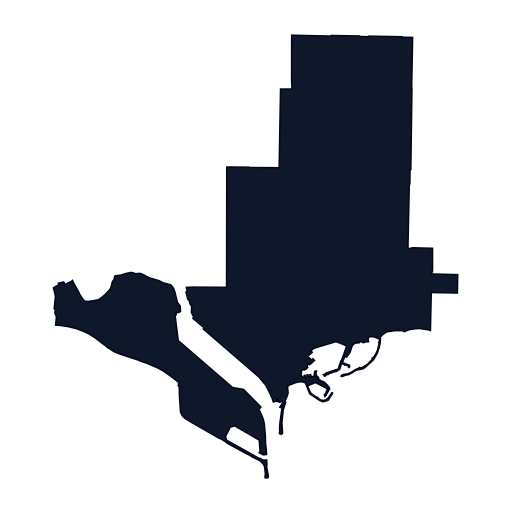 Fremantle, Western Australia, Australia (Albers equal-area conic projection), rotated 271°
{"feature_id": "25037944B1530675969406", "entity_name": "Fremantle", "entity_type": "district", "adm_level": 2, "iso_a3": "AUS", "parent_name": "Australia", "parent_adm1": "Western Australia", "projection": "albers", "projection_center": [115.749, -32.052], "detail": "fine", "context": "isolated", "style": "filled", "palette": "ink", "viewbox_px": 512, "rotation_deg": 271, "n_neighbors": 0, "source": "geoboundaries", "source_scale": "gbopen_adm2", "svg_char_len": 6065}
<svg xmlns="http://www.w3.org/2000/svg" viewBox="0 0 512 512"><g transform="rotate(271 256 256)"><path d="M477.3,408.8L477.3,398.1L477.8,398.1L477.8,364.9L477.2,364.9L477.3,357.1L476.9,356.4L477.8,355.8L477.8,327.4L477.2,327.4L477.4,287.8L433.0,288.5L423.6,289.1L423.4,277.6L344.7,277.6L344.4,247.8L344.7,247.7L344.5,225.8L344.2,225.9L344.2,225.2L224.2,227.1L223.8,193.4L223.4,186.9L219.8,187.7L218.7,186.6L214.0,187.9L214.2,188.5L212.5,189.0L212.3,188.3L211.2,188.8L211.3,189.6L206.5,191.1L205.0,192.5L198.2,192.4L194.7,194.4L193.4,194.4L192.5,194.0L183.2,205.5L182.1,204.6L135.0,261.1L126.9,268.0L120.1,271.7L114.4,274.4L110.5,275.8L110.2,276.3L110.7,276.8L113.4,276.3L113.9,277.0L113.6,278.5L111.0,278.2L111.0,278.7L113.1,279.0L112.8,280.3L111.0,280.0L110.7,281.1L111.2,281.2L111.0,281.9L110.3,281.8L110.2,283.0L111.3,283.6L111.0,284.7L109.7,285.3L105.3,282.4L104.9,282.9L109.6,285.9L109.2,286.6L107.8,285.5L106.1,284.8L89.4,282.8L84.1,282.6L81.1,282.8L79.7,282.5L78.7,282.7L78.1,284.2L79.0,285.5L80.2,285.6L89.7,284.8L102.6,285.9L110.1,288.2L111.9,287.7L117.2,289.9L119.7,290.5L125.2,289.9L126.1,290.1L127.4,291.3L130.0,297.7L130.7,300.5L131.0,303.3L130.9,305.0L130.1,307.5L119.1,312.2L112.8,322.0L111.6,324.9L111.4,325.7L113.1,330.7L119.9,334.9L120.6,334.8L120.6,334.3L114.6,330.2L114.3,329.3L113.6,328.9L112.7,325.9L113.3,322.8L114.6,320.9L115.8,320.1L115.9,319.1L117.2,316.7L120.2,312.9L127.0,309.8L130.5,317.6L124.4,330.0L123.8,330.1L123.4,329.3L121.7,329.0L121.5,328.5L120.8,328.8L120.2,328.1L119.0,327.8L118.8,327.1L118.3,327.4L118.1,326.9L116.8,327.4L117.8,328.1L117.9,328.5L118.5,328.4L119.7,328.9L119.8,329.6L121.2,329.9L121.5,330.4L123.4,331.2L124.4,331.5L124.4,331.9L125.3,331.7L126.5,331.1L127.0,330.4L127.9,329.6L128.0,329.1L128.4,328.8L128.8,329.0L129.3,328.2L130.1,327.7L130.0,327.1L130.9,326.5L130.6,326.3L131.0,326.1L131.4,325.2L131.8,325.1L131.6,324.5L132.0,323.8L131.8,323.7L132.2,323.4L132.1,322.9L132.9,322.5L132.8,321.9L133.4,321.6L133.2,321.2L133.7,321.0L133.3,320.8L133.9,320.6L133.8,319.8L134.0,320.0L134.6,319.7L134.6,320.0L135.5,320.0L135.5,320.6L135.8,320.6L136.3,319.7L135.7,319.2L136.9,318.2L137.1,318.5L137.5,318.2L137.8,318.6L138.2,318.2L138.7,318.3L139.0,318.0L140.1,318.0L141.9,318.6L142.1,317.8L141.9,317.3L141.7,317.6L141.4,317.4L141.1,316.7L136.6,316.0L136.4,313.2L138.4,312.7L138.2,311.9L136.3,312.2L135.9,310.4L138.1,310.1L137.9,309.0L135.8,309.5L135.4,307.7L137.6,307.3L137.5,306.3L135.7,306.6L135.6,305.5L135.8,305.6L136.3,303.7L137.1,303.7L137.2,302.7L139.0,302.8L139.0,303.4L140.0,303.5L140.0,302.9L141.6,303.2L143.7,305.9L143.0,306.4L144.0,307.7L143.7,307.9L144.3,308.8L144.7,308.5L145.6,309.7L146.5,309.0L148.7,309.6L148.3,311.7L152.6,316.3L154.3,314.7L152.9,313.0L154.9,311.5L154.4,310.9L156.6,309.4L160.6,313.9L161.3,313.5L160.7,312.5L161.6,311.8L163.0,313.2L164.9,316.0L171.8,337.6L168.0,347.4L167.0,348.1L152.3,343.0L152.4,342.7L146.9,340.8L146.2,340.9L145.1,340.3L145.0,340.7L144.7,340.0L144.0,339.5L143.9,338.4L140.0,327.7L138.7,326.5L138.6,325.8L138.3,326.2L137.9,326.0L137.0,326.6L137.3,327.7L138.2,328.3L138.8,329.3L138.8,330.3L139.6,330.9L140.4,332.9L140.4,333.7L140.8,334.0L141.5,335.8L141.7,337.2L142.0,337.6L141.8,338.0L143.5,340.9L144.7,341.9L148.4,342.9L150.1,343.8L149.5,344.7L149.1,346.2L148.6,346.5L149.0,346.9L148.3,348.0L148.2,349.4L147.3,350.3L146.1,350.6L146.1,351.0L147.3,351.6L147.6,351.2L148.4,351.4L150.9,344.3L156.7,346.4L156.6,348.5L161.5,351.8L167.5,353.6L169.1,354.7L170.2,356.2L171.0,357.6L170.6,358.5L171.5,358.6L171.8,359.5L171.8,360.0L170.9,360.5L171.9,361.5L172.3,362.9L171.2,364.5L171.4,365.8L172.0,366.8L172.2,370.0L175.3,369.6L176.1,369.9L176.8,370.3L177.4,371.6L177.1,375.8L174.9,381.1L172.8,380.8L171.7,380.1L171.3,380.5L169.9,380.4L164.2,379.2L159.9,377.3L157.1,375.6L156.1,374.8L156.2,374.2L155.9,373.8L155.2,374.1L153.8,373.2L149.7,369.3L146.4,364.2L145.9,363.0L146.3,361.3L145.5,360.7L144.4,357.8L141.1,352.8L139.8,349.8L139.1,345.1L138.4,343.9L137.4,343.1L137.1,343.2L137.0,344.4L138.3,347.3L138.9,350.4L140.9,354.1L143.0,357.1L143.7,358.6L145.0,364.7L146.2,366.7L151.8,372.7L154.7,375.5L161.0,379.0L166.8,380.8L171.3,381.7L177.3,381.9L179.4,383.8L181.9,387.1L182.6,388.7L183.8,396.5L183.9,402.7L183.4,405.7L183.0,405.7L185.0,410.5L186.1,416.9L186.4,420.3L185.0,430.9L184.7,430.9L184.5,431.7L222.5,431.9L222.5,458.0L240.9,458.0L241.1,432.0L242.3,432.0L244.0,432.8L266.8,432.4L267.0,411.8L266.3,411.6L266.3,407.8L328.7,408.0L331.1,408.6L345.1,408.5L345.1,409.3L426.4,409.0L426.4,408.7L477.3,408.8ZM183.4,56.8L183.2,61.4L182.0,70.0L180.1,78.1L177.1,86.2L175.2,90.3L171.4,96.5L163.5,107.3L161.5,109.6L161.1,110.8L158.7,114.3L157.3,117.1L155.5,121.8L150.2,139.0L148.9,142.3L146.9,148.5L142.6,159.2L139.7,164.8L137.6,168.0L132.4,175.5L128.5,180.5L127.8,181.0L124.9,180.5L123.8,181.5L114.3,181.9L99.0,183.2L95.9,184.6L94.3,185.7L91.9,188.4L77.5,214.3L73.3,222.1L72.5,224.1L70.3,228.0L68.3,230.5L58.0,250.1L56.7,253.1L54.5,256.7L52.7,260.8L50.8,264.2L47.7,267.2L45.7,268.2L38.1,269.2L35.3,268.8L34.3,269.1L34.2,269.9L34.6,271.9L35.5,272.2L36.5,272.1L46.0,270.2L47.4,270.6L52.3,270.2L52.1,268.9L52.1,266.4L53.8,263.7L53.4,263.3L71.4,229.7L75.2,228.7L84.5,233.3L85.8,237.6L72.0,262.4L60.7,263.5L59.4,262.6L57.3,266.7L57.7,269.9L58.4,270.1L69.2,268.8L76.5,268.5L88.5,267.2L92.9,266.1L95.7,265.0L103.2,261.5L104.5,263.5L105.2,263.4L122.4,245.9L124.1,234.9L170.1,179.7L195.6,176.1L195.8,177.3L198.1,177.0L198.1,179.5L198.7,179.6L198.6,180.6L199.2,181.5L204.6,181.1L208.3,178.2L218.1,175.7L222.1,174.2L223.3,173.4L225.7,171.3L227.5,163.8L229.7,159.3L232.2,150.2L233.9,146.4L235.9,142.6L236.6,140.6L236.2,135.9L237.3,132.5L237.3,130.8L236.1,125.6L234.5,121.1L233.8,115.6L232.8,114.9L230.4,114.7L228.2,113.1L226.9,112.6L222.6,111.7L221.0,111.0L219.6,110.2L214.9,105.9L212.0,102.6L209.6,99.3L208.5,94.6L207.6,88.8L207.9,85.8L208.3,85.0L211.0,82.8L213.9,80.9L219.5,77.9L225.3,74.4L228.4,72.9L227.4,71.9L224.2,65.5L226.7,64.2L225.3,58.9L224.1,59.7L220.7,54.0L212.3,56.2L199.9,55.1L198.4,56.3L195.5,55.9L191.8,57.5L183.4,56.8Z" fill="#0f172a" stroke="#020617" stroke-width="1.5"/></g></svg>